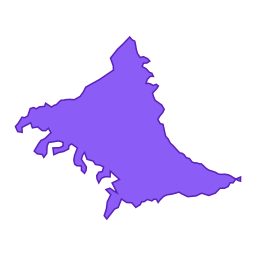 Tucunduva, Rio Grande do Sul, Brazil
{"feature_id": "56859067B60578081820335", "entity_name": "Tucunduva", "entity_type": "district", "adm_level": 2, "iso_a3": "BRA", "parent_name": "Brazil", "parent_adm1": "Rio Grande do Sul", "projection": "equal_earth", "projection_center": [-54.433, -27.632], "detail": "fine", "context": "isolated", "style": "filled", "palette": "violet", "viewbox_px": 256, "rotation_deg": 0, "n_neighbors": 0, "source": "geoboundaries", "source_scale": "gbopen_adm2", "svg_char_len": 2427}
<svg xmlns="http://www.w3.org/2000/svg" viewBox="0 0 256 256"><path d="M129.7,37.0L123.2,43.9L117.5,49.3L110.5,58.1L112.0,62.3L113.3,65.9L113.4,70.1L100.0,79.2L85.7,87.2L83.6,91.5L80.3,96.3L77.0,98.2L74.4,99.7L70.1,99.4L65.9,99.6L63.5,100.2L61.1,100.2L58.9,102.1L56.3,104.7L53.9,105.4L51.6,107.1L45.6,103.2L44.6,106.4L39.5,106.8L36.3,108.8L33.6,107.5L30.2,108.6L27.8,115.9L24.7,117.7L22.0,117.2L18.1,123.5L15.4,126.5L17.7,131.6L22.2,132.3L21.9,127.5L30.7,122.8L32.4,127.9L37.7,126.9L42.1,130.6L45.7,130.7L48.3,128.2L51.0,132.6L44.9,138.6L41.0,140.4L38.6,143.6L34.2,151.1L37.2,153.8L42.2,154.5L43.8,157.4L46.7,153.5L47.1,146.1L48.6,142.5L58.9,140.9L63.1,142.4L63.0,146.1L59.5,147.7L52.9,147.9L53.8,154.7L58.8,152.5L63.6,151.5L68.6,149.0L68.9,145.6L71.6,143.9L77.4,148.0L74.6,155.4L73.8,160.0L74.7,164.2L76.8,165.7L81.4,166.0L81.4,170.4L84.5,173.3L86.0,170.6L86.4,167.1L81.4,159.2L82.6,155.2L84.6,152.4L87.0,159.3L93.2,161.1L95.5,164.5L100.1,165.2L103.6,167.0L102.3,171.6L98.9,172.1L96.7,175.6L97.0,178.8L98.8,182.9L101.5,178.2L105.3,176.7L110.1,176.9L110.3,171.1L119.5,179.4L112.1,182.9L117.1,192.9L113.7,190.9L109.9,188.2L105.9,189.6L110.8,194.6L107.3,201.8L106.4,208.8L104.2,215.7L106.8,219.0L114.6,209.0L118.2,207.5L121.4,199.0L126.7,202.5L131.8,202.8L135.8,207.4L140.2,204.7L141.6,201.8L144.1,201.7L147.4,199.5L151.9,200.9L154.1,199.1L156.5,199.5L158.1,202.5L160.0,200.0L163.3,196.6L166.7,194.9L172.4,194.0L179.0,192.1L181.8,193.8L187.8,196.7L196.0,195.9L201.7,193.2L208.8,195.5L215.4,193.1L219.9,188.3L224.6,188.2L228.2,186.5L230.1,182.7L233.0,182.9L235.9,179.0L233.5,177.7L231.0,176.1L228.8,175.0L225.0,174.2L221.8,174.4L218.4,174.1L215.5,172.3L211.9,171.1L208.8,170.1L205.9,168.2L203.7,166.0L201.5,164.0L198.9,163.6L196.6,162.9L194.3,162.8L192.0,162.0L189.5,158.6L186.0,157.5L184.3,154.9L182.2,153.3L179.9,153.0L177.0,150.0L173.5,146.1L170.3,143.1L168.0,138.8L165.7,136.3L164.7,132.4L163.9,128.5L163.0,124.3L160.2,123.6L157.8,119.4L159.8,116.0L162.6,112.7L164.2,109.3L161.7,105.0L155.1,100.3L153.6,96.8L152.5,93.0L156.6,88.8L158.4,86.0L156.3,84.3L153.2,85.5L150.7,84.0L148.4,83.3L146.0,83.4L147.3,79.4L150.3,76.3L153.4,76.4L151.9,73.3L149.5,72.4L146.3,68.9L142.2,66.6L143.4,63.2L146.9,63.0L149.8,61.1L147.5,58.6L143.5,56.7L140.2,57.4L137.5,53.6L136.2,49.0L135.5,44.6L134.7,41.1L132.2,39.9L129.7,37.0ZM235.9,179.0L238.0,180.4L240.5,181.2L240.6,177.0L235.9,179.0Z" fill="#8b5cf6" stroke="#5b21b6" stroke-width="1.5"/></svg>